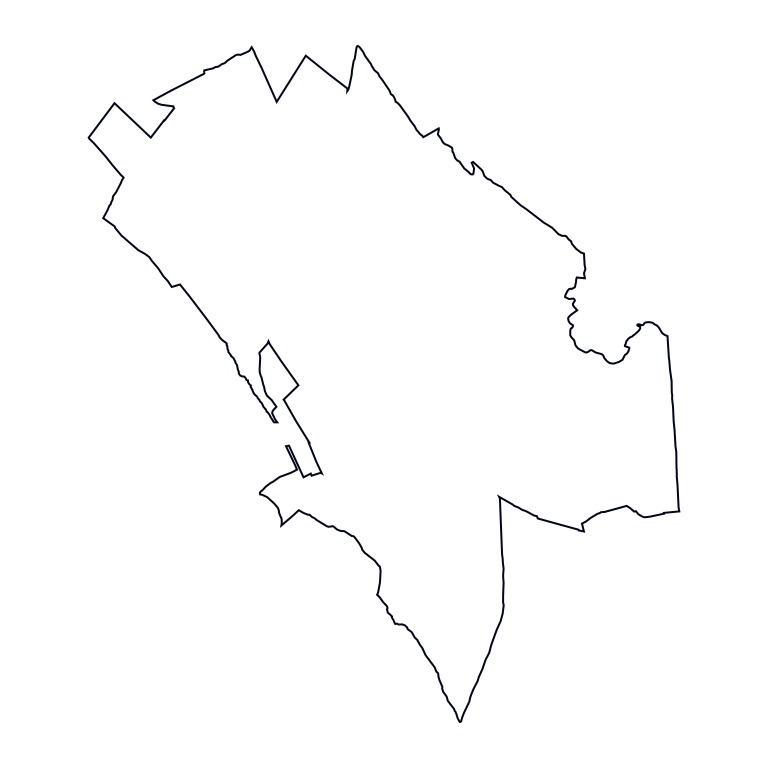 Prajeni, Botosani, Romania (orthographic projection)
{"feature_id": "2599482B83744359895474", "entity_name": "Prajeni", "entity_type": "district", "adm_level": 2, "iso_a3": "ROU", "parent_name": "Romania", "parent_adm1": "Botosani", "projection": "orthographic", "projection_center": [27.028, 47.48], "detail": "fine", "context": "isolated", "style": "outline", "palette": "ink", "viewbox_px": 768, "rotation_deg": 0, "n_neighbors": 0, "source": "geoboundaries", "source_scale": "gbopen_adm2", "svg_char_len": 6075}
<svg xmlns="http://www.w3.org/2000/svg" viewBox="0 0 768 768"><path d="M88.7,137.6L89.2,138.6L94.0,143.3L105.9,156.8L112.6,165.3L120.7,174.8L123.6,177.5L121.8,180.6L120.9,183.0L116.3,191.9L113.0,196.4L112.6,199.6L111.3,202.2L110.5,204.6L109.4,205.6L107.5,210.2L103.2,218.2L114.6,226.4L114.9,226.8L115.1,227.9L121.4,235.5L136.5,248.6L138.2,250.1L144.7,253.7L149.2,257.0L151.9,260.9L158.4,268.6L163.5,276.4L167.8,281.0L171.8,287.0L180.0,284.5L189.2,296.0L206.7,319.0L218.5,335.0L219.7,337.4L221.7,339.6L226.7,343.4L226.6,345.0L227.2,345.6L227.6,349.3L228.1,350.1L228.5,352.1L231.0,355.5L231.0,356.0L233.4,358.0L235.3,361.6L235.5,362.8L237.0,365.0L237.8,369.3L238.8,371.8L238.8,373.2L239.1,373.9L240.3,375.6L242.2,376.4L244.3,376.6L245.6,378.1L246.6,380.1L247.9,380.4L248.1,382.3L249.6,384.6L250.9,385.5L250.7,387.2L251.7,388.3L251.8,389.2L252.3,389.6L252.7,391.2L254.1,393.9L257.2,396.8L257.8,398.2L259.5,400.1L259.9,401.3L261.5,402.8L262.8,405.2L263.3,406.6L266.0,409.8L266.6,411.6L267.4,412.0L269.4,414.6L271.0,417.8L273.0,420.7L273.3,421.5L274.0,422.3L277.2,422.3L275.0,419.2L272.3,413.5L272.2,412.6L272.8,410.7L276.4,406.8L271.6,400.0L266.9,395.6L264.9,391.1L264.1,387.0L263.2,384.4L261.5,377.4L260.8,376.0L259.8,372.7L259.6,369.2L260.2,358.2L260.0,355.6L259.3,353.4L259.5,352.6L267.6,343.5L268.5,341.3L269.7,344.1L281.5,361.6L298.4,385.3L283.6,399.7L284.2,400.3L296.3,421.6L309.3,442.5L308.6,442.5L316.4,461.9L321.8,473.4L320.9,472.9L319.4,473.2L311.6,475.7L310.8,473.6L303.5,477.3L289.0,445.7L286.0,446.2L295.2,465.3L297.0,469.7L290.9,472.8L279.7,477.0L272.6,482.0L271.2,482.6L265.8,486.6L262.5,490.2L260.3,491.9L259.9,493.2L260.1,494.4L262.5,494.9L267.2,497.2L274.1,503.4L277.8,507.8L278.7,510.0L279.3,513.6L281.6,518.8L281.8,523.0L281.4,525.5L293.0,515.6L298.8,510.2L303.6,513.0L307.9,514.7L309.6,514.8L312.3,517.2L314.4,518.1L316.6,520.0L327.1,526.4L328.8,526.8L332.7,526.2L333.3,526.4L337.2,529.6L340.8,531.0L344.2,531.1L351.8,536.0L353.5,536.2L354.7,537.3L359.0,543.1L361.7,547.8L362.2,549.6L364.6,552.7L374.6,560.5L378.6,565.6L379.9,566.7L380.6,570.8L380.0,582.3L378.1,592.5L377.1,594.8L379.4,596.9L383.1,602.1L386.8,606.0L387.3,607.1L387.5,608.2L387.0,609.4L387.8,612.5L388.4,613.3L390.2,614.5L390.9,615.5L392.0,616.4L392.0,617.6L393.4,620.0L394.9,623.6L395.4,624.0L396.8,623.6L398.3,624.5L402.2,624.4L404.7,625.2L407.1,627.4L407.4,628.6L408.0,629.4L411.6,632.0L414.9,637.7L417.2,639.8L419.7,644.5L422.3,648.0L425.6,655.2L434.6,667.2L436.3,671.5L438.1,673.3L438.6,677.2L439.3,679.7L442.4,687.0L442.1,688.3L443.1,691.7L446.6,696.5L447.8,700.8L454.2,709.2L454.6,710.7L455.6,712.0L456.4,714.1L457.7,718.3L459.7,721.9L460.7,721.8L461.2,721.2L462.1,717.7L464.0,712.8L469.3,701.7L470.2,697.6L471.5,693.8L473.7,688.6L477.6,681.2L478.9,676.9L482.4,669.1L485.6,659.8L489.2,652.8L491.4,644.5L496.8,629.6L500.6,621.3L502.7,613.5L503.7,605.3L503.1,602.3L503.1,595.9L503.6,582.9L503.1,576.0L503.6,568.6L502.9,562.9L502.6,557.9L502.1,554.8L499.9,498.5L499.1,496.8L511.9,504.1L514.5,506.0L518.6,507.6L522.2,509.9L525.7,511.0L534.2,515.6L536.8,516.1L537.8,518.5L578.5,529.7L578.7,530.4L583.9,531.5L582.0,523.6L586.0,521.5L591.0,517.7L597.6,513.7L599.6,513.2L601.0,512.2L604.4,512.0L626.7,505.9L630.0,508.0L634.2,511.6L635.9,511.2L638.3,514.2L642.6,516.7L644.5,517.3L649.8,516.7L664.0,513.7L663.9,512.9L679.3,511.4L678.6,507.7L677.5,484.8L676.7,475.6L676.9,473.8L676.6,472.0L676.8,470.2L676.5,468.4L676.3,452.1L675.5,446.3L674.5,429.4L673.7,421.9L673.0,406.6L672.1,398.9L672.2,395.3L671.8,392.5L671.6,381.1L670.0,369.6L669.3,360.6L668.9,358.1L667.5,336.1L664.5,334.8L662.1,333.0L658.6,327.2L656.8,325.4L654.2,324.1L652.7,322.8L649.1,322.1L645.3,322.5L644.3,323.3L643.4,324.8L641.9,325.3L639.5,324.3L637.5,324.5L637.3,325.2L638.5,326.2L639.4,326.0L640.0,326.6L640.2,328.1L639.9,329.1L638.9,330.6L634.7,334.5L633.1,335.5L632.4,336.4L629.8,337.5L628.3,338.8L626.4,341.2L625.7,343.8L624.9,345.3L624.9,346.0L625.2,346.3L629.0,347.5L629.4,348.0L628.3,351.6L626.9,353.6L624.9,355.0L622.5,359.8L618.8,362.0L614.1,363.5L612.1,363.5L609.5,363.0L607.0,361.2L604.5,358.3L603.0,355.1L601.6,354.1L595.6,352.5L591.8,350.2L590.5,350.1L588.3,351.8L586.6,352.5L585.1,352.3L578.1,348.5L575.5,345.4L574.2,340.3L571.5,337.4L570.3,335.5L570.2,331.3L570.6,329.1L571.2,328.3L572.2,327.7L573.0,326.3L572.9,325.2L570.0,323.3L568.7,321.3L568.1,318.6L568.4,317.5L569.6,316.1L572.1,313.9L577.2,310.3L573.7,306.4L573.0,305.0L573.0,303.6L574.9,300.7L574.5,299.5L573.5,298.6L569.0,299.0L565.1,297.1L565.3,295.3L567.4,291.1L569.0,289.1L570.8,288.7L571.9,288.9L574.9,287.2L576.0,282.1L576.2,279.4L576.8,277.5L584.9,278.3L584.0,273.3L585.4,269.0L584.6,265.0L584.0,253.6L580.7,252.4L576.1,248.8L572.1,244.1L570.9,241.1L568.6,239.4L566.6,236.6L565.4,235.9L561.9,235.8L558.4,234.1L552.2,227.8L543.9,222.7L526.2,209.1L520.6,205.3L511.4,197.0L510.5,195.0L504.7,190.2L501.8,187.0L498.9,185.8L493.0,182.6L490.8,180.1L487.2,178.7L484.3,175.8L482.8,171.5L481.7,169.9L473.1,161.9L471.7,162.7L474.1,168.5L473.6,172.4L473.3,173.9L472.8,174.4L471.0,174.3L470.2,173.8L467.8,171.3L464.3,168.5L459.5,161.6L457.5,160.7L455.2,158.2L453.3,152.7L452.5,151.7L452.4,149.1L451.8,147.6L448.5,145.6L444.8,144.1L442.9,142.3L440.7,138.2L438.1,134.8L437.9,134.1L438.9,129.4L438.7,128.4L423.3,137.2L422.1,135.6L420.3,134.3L416.4,129.7L414.5,126.0L410.5,120.8L408.1,116.7L400.1,105.6L397.7,103.0L395.6,101.7L395.1,99.5L393.7,96.6L392.7,95.3L390.9,94.2L389.5,90.6L382.7,80.5L379.5,76.4L378.0,73.2L374.5,70.3L371.7,65.9L371.0,64.1L365.1,56.0L363.0,51.7L359.6,47.2L358.5,46.3L357.4,46.1L356.9,46.4L356.5,47.7L354.7,58.9L353.6,61.2L352.0,70.7L351.7,74.8L349.3,86.3L348.3,89.7L347.3,91.1L347.5,88.9L347.0,88.2L329.8,75.0L305.8,55.7L276.7,101.9L261.6,67.9L255.7,55.7L254.3,52.0L251.7,47.2L249.4,50.8L247.9,51.7L240.5,54.9L238.2,54.6L236.0,55.0L227.1,60.9L224.9,63.0L221.6,64.3L218.4,66.6L215.3,67.1L213.0,68.4L204.2,70.4L204.3,73.5L204.0,73.8L171.5,90.4L153.4,100.2L154.7,101.5L158.1,103.7L161.6,104.8L173.4,106.4L173.5,107.3L174.1,108.3L164.5,120.6L164.1,120.3L150.8,137.6L114.5,103.2L88.7,137.6Z" fill="none" stroke="#020617" stroke-width="2"/></svg>